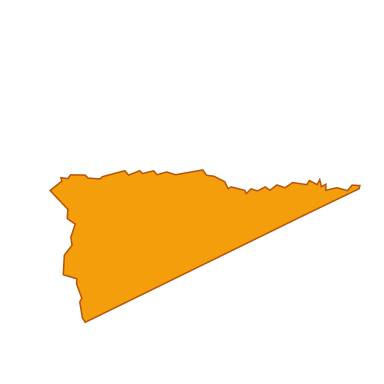 the district of Nicollet, Minnesota, United States of America, rotated 154°
{"feature_id": "52423323B99452137700358", "entity_name": "Nicollet", "entity_type": "district", "adm_level": 2, "iso_a3": "USA", "parent_name": "United States of America", "parent_adm1": "Minnesota", "projection": "equal_earth", "projection_center": [-94.326, 44.306], "detail": "fine", "context": "isolated", "style": "filled", "palette": "amber", "viewbox_px": 384, "rotation_deg": 154, "n_neighbors": 0, "source": "geoboundaries", "source_scale": "gbopen_adm2", "svg_char_len": 877}
<svg xmlns="http://www.w3.org/2000/svg" viewBox="0 0 384 384"><g transform="rotate(154 192 192)"><path d="M345.1,121.7L96.4,122.0L40.4,121.7L38.3,124.2L45.1,128.0L51.5,125.0L59.9,132.3L71.0,134.9L68.3,140.3L73.4,140.0L71.8,147.0L76.2,143.8L81.4,150.8L85.7,148.3L97.4,156.4L106.4,155.0L112.6,161.1L121.2,159.4L124.0,164.5L132.6,164.2L137.5,168.9L143.9,166.8L143.8,170.3L154.7,179.5L158.1,179.0L158.1,186.9L165.3,196.5L171.6,200.7L172.6,207.1L186.8,211.2L199.2,214.7L206.0,221.1L215.8,222.8L217.2,227.9L228.3,230.2L229.6,234.1L241.5,234.9L243.1,240.6L265.6,245.0L269.2,244.2L279.2,250.0L280.7,254.1L293.6,260.6L297.7,258.5L303.6,262.3L304.3,258.8L318.9,255.5L311.2,230.9L315.8,222.8L311.0,214.3L320.7,204.5L323.2,196.7L334.4,191.2L344.0,174.1L333.5,164.4L336.0,160.2L337.6,144.9L341.1,142.3L345.7,126.9L345.1,121.7Z" fill="#f59e0b" stroke="#b45309" stroke-width="1.5"/></g></svg>